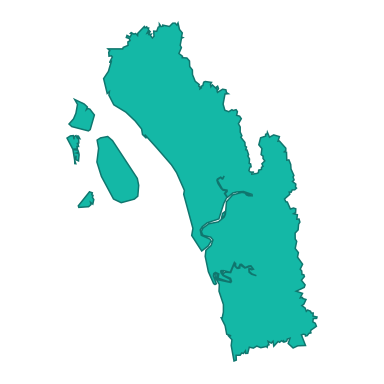 Chittagong, Chittagong, Bangladesh
{"feature_id": "16705992B94200136889214", "entity_name": "Chittagong", "entity_type": "district", "adm_level": 2, "iso_a3": "BGD", "parent_name": "Bangladesh", "parent_adm1": "Chittagong", "projection": "albers", "projection_center": [91.95, 22.424], "detail": "fine", "context": "isolated", "style": "filled", "palette": "teal", "viewbox_px": 384, "rotation_deg": 0, "n_neighbors": 0, "source": "geoboundaries", "source_scale": "gbopen_adm2", "svg_char_len": 5962}
<svg xmlns="http://www.w3.org/2000/svg" viewBox="0 0 384 384"><path d="M297.4,214.7L293.6,213.7L295.6,212.5L295.8,208.8L293.5,208.0L290.4,209.0L287.3,202.0L285.9,201.8L284.5,199.0L289.8,194.3L289.2,192.1L291.2,192.2L292.2,189.9L294.7,189.8L296.5,188.1L295.5,187.1L295.8,184.1L292.5,181.5L294.1,179.9L293.0,177.0L293.9,175.5L291.0,169.0L290.7,164.4L288.9,159.9L286.8,160.2L286.5,152.2L284.4,151.8L285.8,150.5L285.8,148.2L279.4,141.0L278.0,141.2L279.4,136.6L273.7,134.9L269.5,137.2L267.4,132.4L267.2,133.7L265.6,134.3L265.7,136.1L260.6,137.8L258.8,144.8L261.9,148.6L261.1,154.6L263.1,156.2L263.0,158.5L264.8,160.9L261.9,163.8L263.0,166.4L261.5,167.3L261.5,169.4L258.7,170.1L258.4,172.6L257.0,173.4L251.8,174.2L251.9,172.5L254.1,172.1L250.4,172.1L248.9,170.6L249.9,167.2L251.1,166.8L250.6,163.9L249.2,163.4L249.5,159.0L247.8,155.9L248.6,154.8L247.0,150.0L245.7,149.7L246.5,147.1L245.1,146.0L244.9,142.4L240.8,137.2L241.9,135.8L240.2,132.1L240.2,127.0L238.4,123.7L241.3,118.7L239.6,116.2L236.6,115.3L237.4,111.6L236.1,109.7L233.1,110.5L231.9,109.7L228.8,111.7L224.9,110.3L223.1,104.1L225.0,94.0L228.2,93.7L226.5,92.6L225.9,89.8L222.6,89.2L217.5,92.4L217.0,90.9L218.5,88.7L217.6,86.2L216.0,87.4L216.3,88.6L212.3,84.9L210.9,86.8L210.4,84.2L211.5,82.4L205.2,81.5L203.7,82.2L202.8,85.6L201.2,86.2L201.4,87.9L200.0,88.8L200.3,87.4L198.7,86.1L199.2,84.5L195.2,81.3L192.5,74.6L192.4,70.0L189.7,66.5L189.5,61.0L186.9,58.0L182.2,57.7L182.5,56.3L178.9,53.5L181.4,47.6L180.2,45.3L181.5,38.2L182.9,37.6L181.5,37.0L182.3,32.9L179.5,29.5L178.0,23.0L176.9,25.1L175.1,23.1L172.7,23.2L169.4,26.5L162.8,25.1L162.9,26.2L161.1,26.6L159.4,24.1L159.5,26.6L158.2,27.2L156.7,31.3L153.7,31.1L154.0,36.3L152.4,38.0L150.4,35.5L151.3,34.1L148.8,34.5L149.4,32.5L147.0,33.3L148.3,30.9L150.7,32.1L148.4,29.9L148.6,28.0L147.3,28.2L146.7,26.8L145.0,27.8L144.3,26.5L137.8,33.3L137.6,35.5L135.7,33.5L133.9,34.1L131.2,32.6L130.4,33.4L131.8,33.9L130.1,37.0L127.0,35.4L126.3,37.5L129.2,38.5L130.1,40.6L127.9,41.9L128.0,45.4L123.2,47.4L122.7,48.9L108.0,48.9L109.8,50.7L108.7,52.2L109.0,56.2L111.4,55.8L112.3,57.0L109.8,62.0L109.8,62.9L110.5,60.7L111.4,61.1L108.4,71.4L103.6,78.6L107.2,93.5L109.4,91.6L108.9,95.2L113.8,104.8L125.8,112.1L135.1,120.9L141.6,129.0L142.5,134.5L146.4,138.3L144.8,134.6L157.3,148.5L171.5,164.9L176.6,172.7L184.4,190.4L183.7,194.3L192.9,228.4L191.7,235.5L201.7,251.0L208.2,245.9L211.1,241.0L209.9,239.1L201.3,235.3L200.2,229.9L202.3,226.6L207.1,222.8L218.9,218.9L223.9,203.1L226.9,197.2L224.5,193.5L226.7,190.8L223.0,190.2L221.1,188.4L217.9,183.4L216.9,180.2L217.5,178.9L220.7,177.1L222.5,178.7L224.2,175.9L222.8,178.9L222.2,179.0L220.4,177.5L217.3,180.0L222.5,189.3L227.0,190.1L227.1,191.5L225.1,193.7L227.6,197.3L232.7,193.0L237.0,191.9L243.6,191.5L252.0,194.4L252.2,195.8L248.6,195.8L246.5,195.0L244.9,192.9L241.8,192.4L232.6,195.0L226.5,201.7L225.4,214.4L224.1,217.2L218.3,221.9L208.8,223.8L203.0,228.1L201.3,231.6L203.0,235.3L210.8,237.2L213.0,239.9L211.1,245.5L205.9,250.3L205.2,256.4L208.4,271.8L213.6,283.6L215.0,284.5L216.4,283.7L213.4,276.1L213.7,273.6L215.4,272.4L218.8,273.9L218.1,278.2L228.4,281.6L230.7,281.1L229.8,279.1L223.0,275.6L221.0,272.8L220.7,271.1L221.2,270.6L223.7,270.6L230.2,272.3L234.3,262.6L235.6,263.4L235.6,266.5L238.3,268.2L240.0,264.4L241.5,264.3L245.2,267.6L249.0,265.9L250.9,265.8L253.5,269.2L251.6,269.8L249.4,268.9L249.1,271.2L251.8,273.8L256.4,275.7L251.5,274.2L249.1,272.2L248.8,269.0L250.2,268.6L251.8,269.2L252.8,268.7L251.0,266.2L244.8,268.0L240.1,264.8L239.7,268.1L237.2,268.4L235.0,266.3L234.4,263.3L230.7,272.6L225.3,272.2L223.0,273.8L223.6,275.3L230.5,278.3L231.5,281.2L230.7,282.5L218.4,279.9L216.7,277.4L217.5,273.7L214.8,273.8L215.4,277.7L219.3,284.5L219.0,291.2L223.4,304.5L223.4,312.1L222.2,317.8L221.2,317.8L225.1,325.7L226.7,334.2L231.1,335.8L228.7,336.1L231.9,339.7L231.2,345.5L234.0,361.0L236.3,360.1L236.1,355.3L240.2,355.2L241.7,353.0L243.5,353.5L245.4,350.9L245.7,353.4L247.7,353.3L249.3,347.2L253.4,348.1L256.8,346.1L260.8,347.7L266.3,346.5L267.2,347.3L267.7,345.2L269.0,344.8L268.1,341.4L271.3,343.1L273.0,341.3L273.8,346.2L278.1,341.5L279.6,342.3L281.6,340.7L283.3,341.9L283.6,340.9L284.6,342.0L286.8,341.0L287.3,339.0L290.0,338.2L288.2,343.5L293.1,348.0L297.8,345.8L305.5,345.5L301.4,334.9L303.3,334.2L305.3,334.6L305.5,336.0L307.2,335.6L308.9,333.4L311.5,332.8L310.3,332.6L311.0,330.1L316.4,326.3L315.3,323.3L312.8,321.8L313.3,318.6L316.6,318.4L317.0,317.0L313.0,316.1L313.2,313.0L311.3,313.0L310.5,311.2L307.6,310.0L306.3,311.3L305.1,308.0L301.8,305.6L303.9,304.1L306.0,299.5L302.7,298.5L302.5,297.5L300.2,297.9L302.5,293.4L296.2,291.2L304.2,287.4L305.1,284.9L301.4,280.2L304.4,276.6L303.8,274.7L302.0,274.5L301.7,270.9L300.2,269.2L302.6,264.2L297.5,257.1L298.4,252.6L295.2,248.5L296.7,241.3L295.2,239.0L295.1,233.1L298.1,229.9L298.6,224.2L299.9,222.1L299.0,219.0L296.8,219.2L297.4,214.7ZM121.2,202.7L134.4,199.1L137.8,196.2L138.7,185.3L137.3,178.4L112.5,140.6L107.7,136.5L100.5,137.9L97.1,140.1L98.6,148.3L96.9,162.0L101.4,176.4L113.5,199.0L121.2,202.7ZM69.0,124.0L71.8,126.6L88.4,130.9L90.2,129.6L94.4,115.0L89.9,109.2L87.8,108.4L86.4,109.6L87.3,106.9L84.2,104.0L74.7,99.5L77.5,104.4L75.9,113.3L73.5,118.9L69.0,124.0ZM92.3,192.8L89.5,191.8L78.3,205.8L78.8,207.4L88.6,206.7L91.0,204.6L90.5,202.3L92.8,204.1L93.8,199.5L92.4,197.4L93.0,195.4L91.8,194.7L92.3,192.8ZM72.8,149.2L77.4,148.9L77.0,146.5L78.6,146.5L78.0,143.9L76.7,143.6L78.8,143.0L78.6,139.0L77.3,138.2L76.0,135.6L74.2,136.5L74.0,139.3L73.3,135.6L70.4,135.9L67.0,138.1L72.8,149.2ZM74.6,159.9L76.2,155.7L75.7,159.6L78.5,160.9L79.1,154.9L78.9,153.6L76.5,153.0L78.6,152.3L77.9,150.2L72.9,149.5L74.6,159.9ZM221.3,219.1L224.9,214.9L224.8,211.7L222.6,213.4L221.3,219.1ZM222.1,273.5L223.5,271.1L221.3,270.8L221.2,272.6L222.1,273.5ZM249.9,195.1L248.0,193.7L245.8,193.3L247.4,194.9L249.9,195.1ZM79.7,138.5L78.4,136.1L77.7,136.0L77.5,137.8L79.7,138.5ZM74.8,163.6L75.8,163.7L74.9,161.1L74.7,161.1L74.8,163.6Z" fill="#14b8a6" stroke="#0f766e" stroke-width="1.5"/></svg>